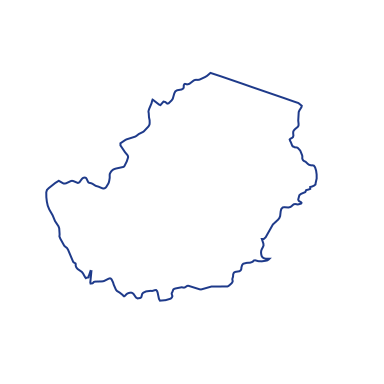 the border of Cuyuni-Mazaruni, rotated 151°
{"feature_id": "GUY-676", "entity_name": "Cuyuni-Mazaruni", "entity_type": "Region", "adm_level": 1, "iso_a3": "GUY", "parent_name": "Guyana", "parent_adm1": "", "projection": "albers", "projection_center": [-59.812, 6.174], "detail": "fine", "context": "isolated", "style": "outline", "palette": "blue", "viewbox_px": 384, "rotation_deg": 151, "n_neighbors": 0, "source": "natural_earth", "source_scale": "10m", "svg_char_len": 4748}
<svg xmlns="http://www.w3.org/2000/svg" viewBox="0 0 384 384"><g transform="rotate(151 192 192)"><path d="M173.1,284.9L171.7,283.6L170.8,281.3L169.5,280.9L165.4,282.0L163.6,282.9L159.7,286.8L157.8,288.1L155.7,288.2L151.4,286.7L149.4,286.8L148.6,287.4L147.5,289.3L146.5,290.0L145.8,290.0L145.1,289.5L144.5,288.8L143.7,288.3L141.8,287.9L136.3,288.7L134.9,288.5L133.8,288.0L132.8,287.4L131.6,286.8L130.5,286.6L124.7,286.2L122.5,286.3L118.1,287.2L110.6,279.1L103.2,270.9L95.8,262.7L88.5,254.5L81.1,246.3L73.7,238.1L66.3,229.9L59.0,221.7L55.8,218.2L54.2,214.2L55.2,213.1L58.5,211.3L59.9,210.2L64.5,202.9L65.8,199.8L66.7,198.4L67.9,197.7L71.2,197.1L72.8,196.6L74.0,195.9L74.9,194.6L76.0,192.1L77.2,191.0L78.6,190.8L80.0,190.9L81.1,190.6L81.4,189.1L81.4,187.7L81.9,184.0L81.8,183.0L81.5,182.7L81.1,182.5L80.9,181.8L80.4,181.2L78.7,180.1L78.1,179.2L77.4,176.4L77.3,175.4L77.9,170.6L78.4,169.3L79.2,168.1L79.4,167.3L79.5,166.5L79.4,165.7L79.1,164.9L78.0,163.4L77.1,160.5L76.4,159.0L74.9,157.6L73.5,156.8L72.6,155.9L72.4,153.9L73.1,150.5L74.5,146.9L76.4,143.4L79.5,139.9L80.4,138.7L82.2,138.4L84.4,138.6L86.2,139.1L87.1,137.4L89.1,137.7L91.2,138.3L93.0,137.0L97.5,137.5L99.5,137.2L100.0,136.8L102.7,134.0L102.8,133.6L102.9,132.8L102.7,131.9L101.7,130.5L101.5,129.4L102.1,129.0L103.3,129.2L105.5,129.8L106.1,130.2L106.8,130.9L107.7,131.5L108.9,131.9L109.8,131.8L112.0,131.3L113.2,131.2L115.2,131.7L118.7,134.0L120.2,134.5L122.2,133.8L123.8,132.1L126.6,128.2L128.2,126.9L130.0,126.1L137.0,124.4L149.5,116.7L152.1,116.1L153.7,117.0L154.6,112.2L155.4,110.5L156.9,109.3L158.6,108.2L159.9,107.1L160.9,105.7L161.6,104.1L162.1,102.4L162.0,100.7L161.2,99.2L160.0,98.0L156.6,96.1L157.7,95.8L159.4,95.7L161.0,96.2L164.5,97.5L167.5,99.3L169.7,101.5L170.5,101.9L171.3,102.1L172.6,101.6L173.7,101.7L175.4,102.0L178.5,103.5L181.9,104.4L182.6,104.2L183.2,104.0L183.9,103.5L184.5,102.9L185.2,102.2L185.7,101.6L186.0,101.0L186.6,100.4L187.4,99.9L188.9,99.7L192.8,101.1L193.7,101.2L194.5,101.1L195.2,100.6L195.9,100.0L196.8,98.6L197.3,97.9L198.6,96.7L199.1,96.0L199.5,94.7L199.7,94.2L200.4,93.6L201.5,93.0L204.5,92.3L205.8,92.1L206.8,92.2L220.9,99.9L231.1,102.3L231.7,102.6L232.4,103.1L240.4,111.5L240.9,111.9L241.7,112.2L244.5,112.0L245.2,112.2L245.8,112.5L247.2,113.7L253.1,115.6L254.5,115.9L255.6,115.8L257.6,114.1L258.8,113.3L259.1,112.9L259.5,111.1L259.6,110.5L260.0,110.1L260.5,109.7L261.6,109.2L262.3,109.1L263.1,109.2L267.5,110.2L272.7,112.5L272.7,114.6L270.8,120.8L270.6,122.4L270.9,123.6L271.6,124.0L272.3,124.2L274.7,124.7L275.2,125.0L276.3,125.7L276.8,125.9L280.3,127.3L281.5,127.4L282.8,127.5L283.4,127.5L284.0,127.4L284.5,127.2L285.1,126.9L286.9,125.0L287.5,124.5L288.6,124.4L291.2,125.3L292.1,126.8L292.2,127.4L292.6,131.3L293.2,132.6L293.9,133.4L294.8,133.9L296.6,134.4L298.0,134.5L298.6,134.4L299.2,134.3L300.3,133.9L301.1,133.7L302.0,133.7L302.4,134.6L302.5,135.4L304.0,139.0L305.6,141.8L305.9,143.4L305.4,148.9L304.9,151.1L304.7,154.5L305.0,155.6L305.5,156.2L306.0,156.4L307.2,156.6L312.1,156.8L313.2,157.1L314.2,157.5L320.0,160.5L320.9,160.8L321.7,160.9L322.2,160.6L322.9,160.4L323.4,160.4L324.9,161.0L325.1,161.1L324.8,162.2L318.4,171.5L318.8,171.7L319.1,172.1L322.1,169.3L323.0,168.7L323.3,168.3L323.6,167.8L324.0,167.5L325.3,168.0L326.1,168.1L326.6,168.1L326.8,169.2L326.8,173.6L327.1,175.5L329.4,180.2L329.7,181.8L329.7,182.7L329.5,183.6L329.2,184.5L328.7,185.2L328.5,185.9L328.9,186.7L329.5,187.6L329.8,188.5L328.4,201.6L328.5,203.6L329.5,206.0L329.8,207.0L329.8,215.1L329.5,217.4L328.3,219.2L325.8,224.5L325.4,226.7L325.9,232.9L325.2,239.1L325.3,245.9L324.8,250.0L323.6,254.0L321.9,258.1L319.6,262.4L317.9,264.1L315.6,264.8L307.2,266.2L303.1,266.4L300.7,262.4L300.2,261.7L299.6,261.3L298.9,261.0L298.1,260.7L297.1,260.6L292.7,260.3L291.9,260.1L291.2,259.7L290.5,259.1L287.9,255.8L287.5,255.3L286.7,255.1L285.7,255.1L282.2,256.7L281.3,257.0L280.4,257.1L279.1,256.8L278.3,256.2L277.9,255.6L277.8,254.9L278.0,251.2L277.9,250.5L277.4,249.8L276.1,248.7L275.5,248.0L275.0,247.3L273.5,244.5L273.1,243.9L271.2,242.0L269.1,239.3L268.5,238.6L267.8,238.0L267.0,237.7L266.3,237.6L265.3,237.7L264.5,238.0L261.0,240.0L260.0,240.8L258.9,242.0L257.1,244.3L255.8,246.7L255.3,247.5L254.4,248.2L252.7,249.2L251.7,249.5L250.8,249.7L250.1,249.8L248.7,249.7L247.2,249.4L239.9,247.2L239.3,247.2L238.9,247.3L238.3,247.6L234.2,250.4L231.4,253.0L230.9,253.6L230.6,254.6L230.6,255.7L231.3,259.3L232.0,267.4L231.0,269.3L225.4,269.8L223.9,269.8L215.0,268.0L213.5,268.0L210.4,268.5L206.1,268.3L205.4,268.3L204.7,268.4L198.4,270.4L197.3,271.0L196.3,271.8L195.5,273.0L194.3,275.3L193.4,278.2L191.6,282.0L191.2,283.3L190.4,284.3L189.0,285.6L184.4,289.2L182.5,291.2L181.7,291.9L181.5,291.6L178.4,284.4L177.5,283.3L173.1,284.9Z" fill="none" stroke="#1e3a8a" stroke-width="2"/></g></svg>